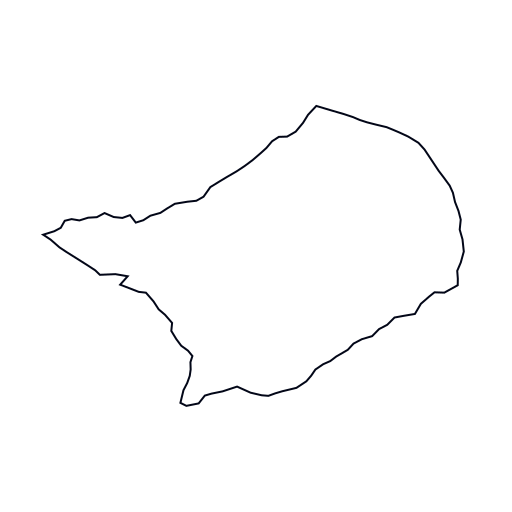 outline of Turmalina, São Paulo, Brazil, rotated 262°
{"feature_id": "56859067B49840194470028", "entity_name": "Turmalina", "entity_type": "district", "adm_level": 2, "iso_a3": "BRA", "parent_name": "Brazil", "parent_adm1": "São Paulo", "projection": "orthographic", "projection_center": [-50.457, -20.07], "detail": "fine", "context": "isolated", "style": "outline", "palette": "ink", "viewbox_px": 512, "rotation_deg": 262, "n_neighbors": 0, "source": "geoboundaries", "source_scale": "gbopen_adm2", "svg_char_len": 1593}
<svg xmlns="http://www.w3.org/2000/svg" viewBox="0 0 512 512"><g transform="rotate(262 256 256)"><path d="M205.4,452.7L213.3,453.2L221.1,457.9L231.5,462.4L243.7,462.8L253.8,461.4L263.5,463.8L272.4,462.8L281.8,460.6L291.2,459.8L298.7,457.6L307.5,452.9L315.0,448.7L338.0,437.7L345.5,432.6L353.1,423.3L358.4,415.1L361.9,409.3L365.4,403.3L369.4,393.1L372.9,384.6L376.3,377.6L380.1,371.3L384.3,362.8L389.3,351.7L396.2,336.6L388.6,327.2L381.3,321.1L373.6,312.6L369.9,303.4L370.8,295.2L367.4,287.9L361.5,281.3L357.3,275.1L351.4,265.9L346.7,257.3L342.5,248.5L338.3,238.2L334.8,230.0L330.6,220.4L322.0,212.3L319.0,204.6L319.3,195.6L319.0,182.9L315.5,174.7L312.0,167.3L310.6,157.0L307.1,149.4L305.8,141.6L314.0,137.0L312.3,129.0L314.4,120.5L319.6,112.0L316.6,103.8L317.3,95.1L315.8,86.1L318.2,78.5L317.5,71.5L311.1,66.6L308.6,59.7L306.7,48.2L300.9,54.8L291.9,62.6L286.3,68.9L271.1,86.9L264.2,94.8L259.1,98.8L257.6,114.2L253.8,126.1L246.5,117.5L236.8,134.9L235.0,141.9L225.3,148.2L216.7,152.2L210.5,157.7L201.4,163.6L193.6,161.7L184.8,165.5L177.5,169.5L171.7,175.5L165.8,179.1L160.0,176.3L152.7,175.5L146.5,173.7L139.8,170.2L133.2,165.5L121.1,160.7L117.3,166.2L118.0,178.7L124.9,185.9L125.9,192.8L126.6,204.1L129.3,219.1L121.4,231.6L117.3,242.2L115.8,248.8L117.3,255.9L118.4,263.2L119.8,277.7L124.9,288.4L129.8,294.0L135.3,299.0L139.5,307.5L141.6,314.9L145.3,321.5L150.3,333.8L155.7,340.4L158.9,349.3L160.5,359.9L166.5,367.7L169.6,376.4L175.8,384.6L176.2,394.1L176.5,405.3L185.7,412.6L191.7,421.8L195.2,427.7L193.5,437.4L199.0,451.7L205.4,452.7Z" fill="none" stroke="#020617" stroke-width="2"/></g></svg>